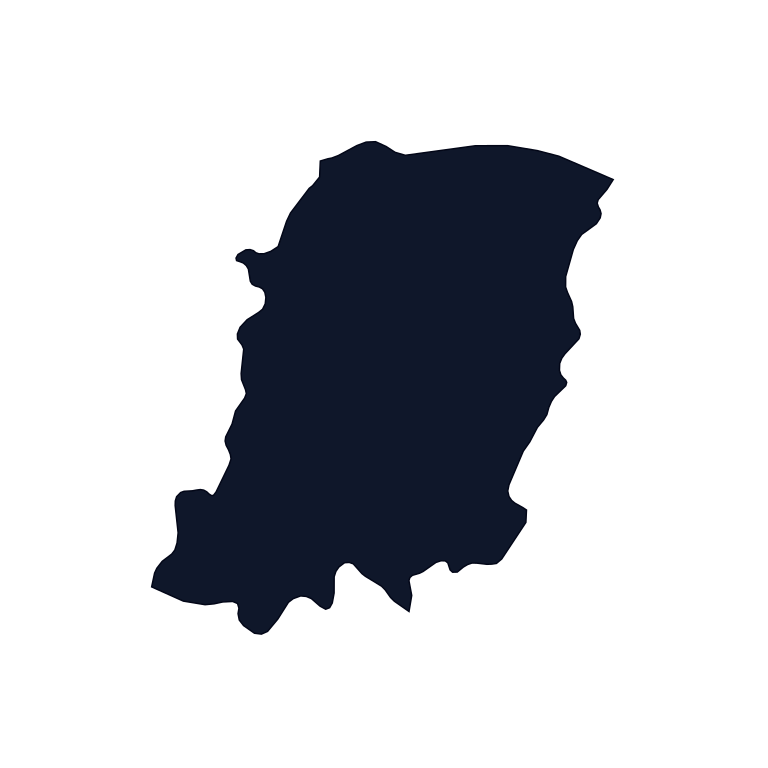 outline of Bacau, rotated 296°
{"feature_id": "ROU-312", "entity_name": "Bacau", "entity_type": "County", "adm_level": 1, "iso_a3": "ROU", "parent_name": "Romania", "parent_adm1": "", "projection": "robinson", "projection_center": [26.661, 46.412], "detail": "fine", "context": "isolated", "style": "filled", "palette": "ink", "viewbox_px": 768, "rotation_deg": 296, "n_neighbors": 0, "source": "natural_earth", "source_scale": "10m", "svg_char_len": 2474}
<svg xmlns="http://www.w3.org/2000/svg" viewBox="0 0 768 768"><g transform="rotate(296 384 384)"><path d="M278.3,566.5L272.0,563.7L269.4,559.9L267.1,555.6L263.6,545.7L261.6,541.5L258.4,538.3L254.3,535.6L247.1,532.3L244.9,528.1L245.9,524.9L251.2,519.8L251.9,516.6L250.1,512.7L246.4,508.9L232.6,501.3L229.5,498.9L224.5,493.4L221.4,492.1L218.2,492.6L206.1,501.6L190.5,506.2L193.3,488.5L195.0,483.5L199.5,475.3L201.2,470.5L203.0,451.5L203.9,447.3L208.9,435.2L208.4,431.0L206.1,426.9L199.8,423.7L194.5,422.9L188.9,423.7L174.2,430.8L164.5,433.5L159.1,433.2L156.0,430.3L156.3,423.9L159.3,412.8L159.0,407.3L157.0,402.0L151.3,396.5L145.9,393.8L126.1,391.6L110.6,387.8L105.5,383.5L103.2,376.8L105.3,363.7L108.4,357.4L113.6,353.5L118.9,351.9L122.5,348.6L122.2,343.3L117.4,334.6L111.9,327.6L107.2,319.9L100.9,298.8L99.8,264.1L113.5,260.7L118.8,260.6L127.4,262.4L138.1,267.8L143.1,268.8L150.4,267.7L160.0,264.2L183.2,249.6L187.4,247.7L191.8,247.0L197.3,248.8L199.9,251.3L204.0,258.6L206.5,262.0L208.6,265.2L209.6,268.5L209.4,271.9L208.4,275.1L208.1,277.6L209.0,279.5L213.3,280.4L243.0,280.3L249.6,279.4L253.3,276.8L256.7,273.1L259.7,269.0L263.1,266.2L267.1,264.9L281.4,265.0L294.7,262.4L310.2,264.9L315.0,264.5L318.2,262.0L325.5,254.0L330.8,251.0L353.9,242.6L356.9,239.2L360.2,232.7L364.7,230.3L371.9,229.8L381.8,232.8L393.3,239.9L398.0,242.1L404.0,242.1L410.0,239.9L414.2,236.7L416.3,233.1L416.5,229.4L415.7,225.5L415.9,221.8L417.8,218.8L427.9,211.7L430.1,208.3L431.1,204.5L430.8,200.9L430.3,197.4L432.3,195.8L436.4,196.0L444.0,201.0L446.1,204.7L446.6,208.3L445.8,211.3L446.2,214.5L448.5,219.1L453.6,224.1L461.1,228.6L487.6,225.1L496.7,225.0L527.1,231.0L531.0,232.9L541.8,235.4L556.5,229.0L561.9,234.9L564.2,238.0L569.3,242.8L586.4,255.1L593.6,261.9L598.1,270.2L598.4,281.8L597.1,292.4L598.9,302.9L638.2,361.7L652.4,390.6L661.0,419.5L665.4,441.3L668.2,500.4L656.7,499.1L643.6,495.7L640.0,496.3L637.1,499.1L635.2,501.9L632.3,504.4L628.1,505.5L621.1,504.6L605.1,496.1L597.6,494.9L587.9,495.2L560.2,500.2L550.8,504.7L546.7,508.8L540.3,516.5L536.2,519.8L526.0,525.7L522.5,529.5L518.0,536.4L514.8,538.6L510.1,539.4L490.4,533.4L485.2,532.5L479.5,532.9L473.2,535.7L469.8,538.9L468.0,542.6L467.1,545.6L465.5,547.5L462.1,548.1L447.5,542.8L441.8,542.1L435.3,542.4L427.9,543.8L421.7,543.2L412.3,540.9L395.9,540.4L384.7,538.6L348.2,540.5L342.1,542.1L337.7,545.6L335.3,549.7L334.3,553.8L333.8,562.9L333.2,567.3L321.8,572.2L278.3,566.5Z" fill="#0f172a" stroke="#020617" stroke-width="1.5"/></g></svg>